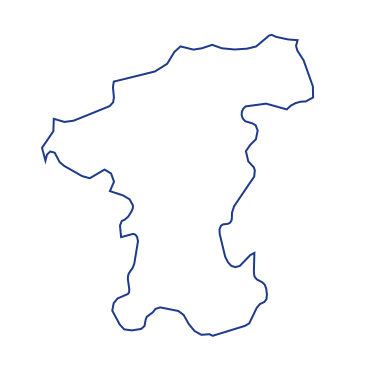 an SVG outline of Padova, rotated 169°
{"feature_id": "ITA-5463", "entity_name": "Padova", "entity_type": "Province", "adm_level": 1, "iso_a3": "ITA", "parent_name": "Italy", "parent_adm1": "", "projection": "mercator", "projection_center": [11.814, 45.393], "detail": "fine", "context": "isolated", "style": "outline", "palette": "blue", "viewbox_px": 384, "rotation_deg": 169, "n_neighbors": 0, "source": "natural_earth", "source_scale": "10m", "svg_char_len": 1800}
<svg xmlns="http://www.w3.org/2000/svg" viewBox="0 0 384 384"><g transform="rotate(169 192 192)"><path d="M312.5,242.0L316.2,246.5L319.3,256.8L323.4,258.8L327.2,256.4L329.9,250.7L330.8,264.0L316.5,278.1L313.7,290.2L303.8,285.1L294.5,284.6L256.5,292.0L252.3,295.1L250.6,299.8L249.6,310.0L247.7,315.3L205.4,317.4L191.9,322.6L182.5,332.9L175.5,337.1L163.4,331.5L154.9,331.2L144.1,332.6L135.3,327.4L123.1,323.8L110.8,322.2L101.3,322.6L86.4,330.9L83.6,331.0L80.2,328.4L68.8,323.5L59.4,320.9L62.0,315.6L61.6,310.7L57.3,299.9L53.2,272.6L55.1,261.7L63.1,259.2L68.0,259.9L73.4,259.5L78.6,257.9L83.2,255.0L102.4,264.6L123.1,265.8L125.8,264.0L127.8,261.1L128.6,257.8L128.1,254.4L126.3,251.3L119.5,247.8L116.8,245.3L115.8,239.8L119.2,231.6L125.9,227.1L131.3,221.8L130.9,211.3L126.6,204.4L126.2,201.3L128.0,195.3L153.4,170.0L156.7,164.0L157.9,158.6L158.7,156.4L160.7,154.5L163.0,153.9L167.7,154.3L170.1,153.3L172.2,149.9L172.8,145.3L171.8,122.3L170.1,116.2L167.5,112.0L163.8,110.0L159.2,110.3L146.9,118.9L142.4,120.3L146.5,101.8L146.8,97.2L145.2,94.0L140.1,89.8L138.2,86.9L137.6,82.7L138.0,77.2L139.4,72.5L141.9,70.3L146.8,69.0L150.6,65.9L160.8,52.2L165.4,50.5L199.1,46.9L202.1,49.1L210.0,50.0L216.0,55.0L220.4,63.0L223.6,72.8L228.1,77.8L245.2,84.8L250.2,84.2L253.4,81.4L260.2,78.1L261.9,75.4L264.2,69.5L268.0,67.3L277.3,67.6L284.8,70.1L288.3,75.9L292.9,90.8L290.1,97.8L285.4,101.7L274.5,104.1L272.9,105.5L272.1,108.6L271.6,118.6L270.9,121.6L269.6,124.1L264.6,129.0L262.4,132.5L254.4,154.0L254.5,158.3L255.1,159.8L255.8,160.9L256.8,161.7L257.9,162.1L270.2,161.2L269.1,172.8L266.5,176.9L263.0,177.8L259.2,180.1L255.1,184.5L253.3,187.1L252.5,190.0L254.7,196.8L260.5,201.9L272.4,208.5L266.6,217.0L267.9,225.6L273.6,230.7L289.7,225.0L296.9,228.6L312.5,242.0Z" fill="none" stroke="#1e3a8a" stroke-width="2"/></g></svg>